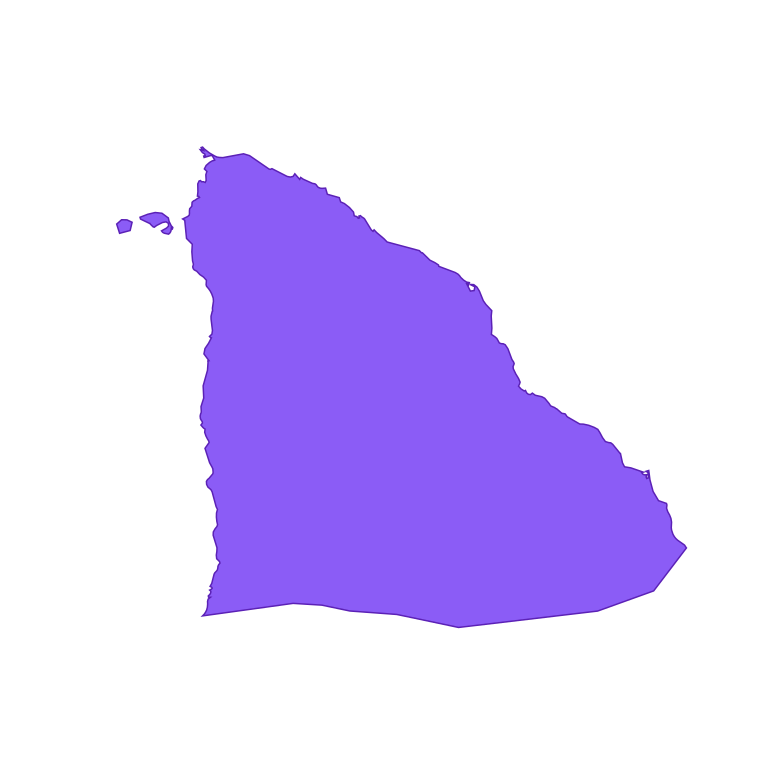 outline of Janub Sina', rotated 163°
{"feature_id": "EGY-1557", "entity_name": "Janub Sina'", "entity_type": "Governorate", "adm_level": 1, "iso_a3": "EGY", "parent_name": "Egypt", "parent_adm1": "", "projection": "robinson", "projection_center": [33.959, 28.827], "detail": "fine", "context": "isolated", "style": "filled", "palette": "violet", "viewbox_px": 768, "rotation_deg": 163, "n_neighbors": 0, "source": "natural_earth", "source_scale": "10m", "svg_char_len": 4889}
<svg xmlns="http://www.w3.org/2000/svg" viewBox="0 0 768 768"><g transform="rotate(163 384 384)"><path d="M625.3,215.3L623.1,216.5L621.3,218.0L619.7,219.7L618.2,222.1L617.0,225.1L616.3,227.7L615.1,229.7L612.3,230.8L613.1,231.1L613.7,231.1L614.1,231.4L614.0,232.7L612.1,233.7L610.7,235.0L610.2,236.5L611.0,237.9L608.9,238.3L608.0,239.0L608.2,240.0L609.5,241.3L607.0,243.7L602.1,251.8L601.0,252.9L598.7,254.2L597.6,255.1L596.7,256.7L596.1,258.2L595.0,259.5L593.2,260.7L593.2,262.3L595.1,265.8L594.4,269.4L592.7,273.0L591.6,276.2L591.6,289.3L590.5,292.4L588.0,294.8L585.4,296.6L584.3,298.1L584.0,301.6L583.2,305.7L581.9,309.6L579.9,312.8L580.4,315.8L579.9,331.2L580.4,333.6L582.5,336.8L583.0,339.8L582.3,342.8L580.7,344.2L578.8,345.0L573.9,348.2L573.2,349.6L572.5,353.0L572.7,354.5L573.8,359.7L574.0,374.8L568.3,379.2L568.3,380.8L568.9,383.1L569.5,386.5L569.6,390.2L568.3,393.2L569.1,394.1L569.8,395.3L571.1,398.3L569.1,399.7L568.8,401.1L569.3,402.6L569.7,404.5L569.2,407.1L568.2,408.9L567.2,410.1L566.7,411.4L565.6,415.9L560.5,423.3L557.5,435.1L548.8,448.7L546.0,456.0L545.8,456.7L545.8,457.3L545.6,457.7L544.6,457.5L547.4,465.4L544.8,470.3L539.9,474.2L535.6,478.6L536.2,479.1L536.4,479.2L537.0,480.5L534.0,482.0L532.4,485.3L530.4,496.6L529.6,499.4L527.0,503.7L526.6,503.8L525.9,506.7L522.9,513.0L522.2,516.1L522.4,520.4L523.0,523.7L523.9,526.5L525.1,529.3L525.1,530.9L523.5,535.1L525.3,539.0L528.1,542.5L530.1,546.6L532.1,548.6L532.7,550.0L532.7,551.9L532.1,552.9L531.5,553.7L531.2,554.5L531.1,557.7L529.1,566.6L526.5,573.7L530.3,580.9L526.7,598.8L528.3,600.7L522.7,601.6L520.9,602.4L520.2,603.9L519.5,606.3L518.6,608.4L515.8,610.2L514.4,613.9L512.6,614.8L511.0,615.0L508.0,616.0L505.9,616.3L506.3,617.4L506.3,617.6L506.5,617.7L507.5,618.2L505.8,622.1L503.6,629.8L501.5,632.2L500.0,632.2L499.4,630.8L497.5,630.2L496.1,629.0L494.6,630.6L493.2,636.2L491.2,639.1L492.9,642.2L490.2,645.0L486.0,646.9L483.0,647.6L481.0,647.5L480.4,647.6L481.3,651.6L482.0,653.1L489.8,653.2L489.8,654.7L488.2,654.7L488.2,656.5L489.3,657.5L490.1,658.7L491.2,661.7L489.1,660.6L488.2,660.0L488.5,660.9L488.5,661.4L488.8,661.6L489.8,661.7L489.8,663.6L488.2,663.6L487.1,661.3L483.4,656.0L479.2,651.5L477.4,649.9L475.2,648.8L471.9,647.6L451.0,645.2L445.8,641.7L431.2,623.3L430.1,622.5L428.2,622.7L415.9,610.8L413.1,609.3L410.2,609.1L407.8,611.1L404.8,604.3L403.3,605.9L401.3,603.4L393.8,596.8L392.0,595.9L391.4,595.5L390.6,594.4L389.9,592.2L389.2,591.1L387.7,589.9L386.0,589.2L382.6,588.4L382.7,582.0L372.3,575.3L372.2,570.8L369.1,568.1L365.4,562.8L362.9,557.3L363.3,553.6L362.3,552.8L361.4,552.3L360.7,551.5L360.2,550.0L358.9,550.0L358.9,551.9L357.3,551.9L356.6,550.6L354.7,548.3L354.3,547.5L351.1,535.1L349.9,533.2L348.4,534.3L346.7,530.9L341.6,523.0L339.5,518.9L311.2,501.2L309.8,498.5L308.9,498.2L303.9,489.0L299.7,485.0L297.1,481.9L297.2,480.5L283.3,469.8L281.1,467.4L280.1,465.5L279.4,463.4L277.6,460.2L275.2,457.3L272.7,456.0L274.1,454.1L274.1,456.0L275.7,456.0L274.2,447.6L270.5,447.0L268.7,450.4L272.7,454.1L269.1,452.8L266.8,449.5L265.6,444.9L264.7,434.6L263.3,430.3L259.5,422.6L261.6,417.6L264.5,405.9L266.8,400.0L264.1,396.7L262.8,394.6L261.7,389.5L260.1,388.3L258.2,387.6L256.6,386.1L255.2,381.4L254.5,370.1L253.6,366.9L253.6,365.3L255.5,362.9L255.9,360.7L255.0,354.9L254.6,353.5L253.7,349.8L253.3,346.0L254.4,344.3L256.0,342.6L254.4,339.2L251.9,336.3L250.6,336.5L250.2,333.8L248.9,331.9L247.0,331.1L244.8,331.9L242.6,329.0L236.8,325.7L234.5,323.4L231.8,317.0L231.4,315.5L230.8,314.1L227.6,311.5L226.9,310.3L226.2,309.9L222.6,304.1L221.9,303.7L220.1,302.8L219.5,302.4L219.2,301.7L218.6,299.6L218.2,298.9L208.5,288.5L205.0,287.3L200.2,284.6L195.7,281.1L192.8,278.1L191.7,274.0L190.7,268.8L189.1,264.2L186.3,262.3L184.3,261.4L182.9,259.4L178.5,248.5L178.2,248.4L179.0,238.9L178.2,234.5L172.4,231.6L161.8,223.9L163.5,223.9L162.7,222.0L161.7,221.1L160.6,220.7L159.0,220.4L159.6,219.8L160.1,219.3L160.5,218.4L160.4,216.8L159.0,216.8L158.0,218.9L157.5,220.9L157.8,222.6L159.0,223.9L156.1,223.9L157.7,214.5L158.1,202.6L155.6,192.2L148.8,187.2L148.8,185.6L150.1,182.6L150.0,179.0L149.2,175.2L148.9,171.6L149.4,167.8L151.3,162.6L151.7,160.2L151.6,155.9L151.0,153.2L150.2,151.1L148.9,148.8L143.7,142.1L142.9,139.3L142.7,138.8L186.6,107.3L246.1,104.4L383.9,129.4L439.2,159.9L483.0,176.9L508.1,190.7L535.1,200.8L625.3,215.3ZM560.9,605.9L561.0,605.9L564.5,609.1L568.6,612.9L568.6,614.8L560.3,615.4L552.7,614.9L546.4,612.2L542.1,606.4L541.7,605.9L542.0,602.4L541.2,597.5L540.2,595.5L540.9,594.3L541.2,594.0L541.3,594.1L541.7,595.5L542.5,593.5L543.5,592.0L544.8,590.9L546.2,590.3L550.0,592.4L551.3,593.7L552.0,595.5L546.4,596.7L543.9,598.0L543.2,600.7L544.2,601.8L545.0,602.8L548.7,603.2L555.0,602.1L557.8,601.1L558.3,601.6L558.7,601.6L559.7,603.3L560.7,605.2L560.9,605.9ZM592.8,605.4L592.9,615.1L586.9,617.8L581.8,616.1L577.6,612.3L581.9,605.0L592.8,605.4Z" fill="#8b5cf6" stroke="#5b21b6" stroke-width="1.5"/></g></svg>